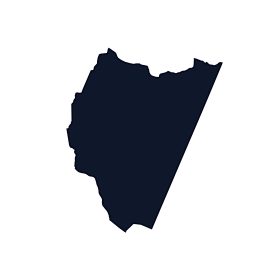 outline of Mojuí dos Campos, Pará, Brazil, rotated 203°
{"feature_id": "56859067B52819076626777", "entity_name": "Mojuí dos Campos", "entity_type": "district", "adm_level": 2, "iso_a3": "BRA", "parent_name": "Brazil", "parent_adm1": "Pará", "projection": "orthographic", "projection_center": [-54.48, -3.076], "detail": "fine", "context": "isolated", "style": "filled", "palette": "ink", "viewbox_px": 256, "rotation_deg": 203, "n_neighbors": 0, "source": "geoboundaries", "source_scale": "gbopen_adm2", "svg_char_len": 3954}
<svg xmlns="http://www.w3.org/2000/svg" viewBox="0 0 256 256"><g transform="rotate(203 128 128)"><path d="M67.0,224.4L68.3,224.2L69.0,223.7L69.4,223.2L70.2,221.5L71.2,220.2L72.7,218.9L73.2,218.6L74.1,218.6L74.9,218.5L75.8,218.2L76.7,218.0L77.6,217.7L78.2,217.8L79.3,218.1L80.3,218.6L81.3,218.8L81.7,217.5L82.7,217.3L83.5,217.6L84.1,218.1L85.5,218.3L86.3,218.1L87.2,217.9L88.3,217.9L89.2,217.9L91.4,217.9L92.3,217.8L93.7,217.6L93.2,216.5L93.0,215.8L92.0,213.3L91.2,210.6L91.2,209.8L92.1,208.0L93.1,207.4L93.6,207.1L94.6,206.6L95.1,205.7L95.6,204.8L96.5,203.8L97.4,202.7L98.0,202.3L99.1,201.7L100.3,200.9L100.7,200.4L101.6,199.2L102.1,198.8L103.5,198.0L104.0,197.2L104.5,196.9L105.3,196.3L106.6,196.2L107.6,196.3L108.3,196.1L109.1,195.7L109.9,195.4L111.8,195.6L113.1,195.5L113.9,194.2L114.7,193.4L115.2,193.0L116.5,192.0L117.3,191.4L118.5,190.6L119.1,189.8L119.2,188.8L118.8,187.6L118.9,186.8L119.3,186.3L120.1,186.1L121.7,185.4L122.5,185.3L124.0,185.1L125.3,185.0L126.3,185.0L127.2,185.1L127.8,185.3L128.9,185.8L129.5,186.3L130.4,187.1L130.9,187.7L131.4,188.6L132.1,189.7L133.2,190.6L133.7,191.4L134.2,191.9L134.8,192.1L136.3,191.7L137.1,191.6L137.8,191.5L138.8,191.1L139.7,191.1L140.6,190.9L141.4,190.9L142.5,191.2L143.7,190.7L144.4,190.4L145.5,190.0L147.1,188.8L147.7,188.5L148.6,188.4L149.5,188.1L151.1,187.8L152.2,187.7L153.5,187.4L154.3,187.4L155.9,187.1L159.7,187.2L160.5,187.3L161.9,187.5L163.6,187.9L164.5,188.1L165.3,188.5L166.1,189.1L166.5,189.5L167.5,190.6L168.5,191.5L169.2,192.0L170.2,192.2L171.4,192.5L172.5,192.7L173.6,192.9L174.2,193.1L175.3,193.3L176.6,193.5L176.6,192.9L176.6,192.0L176.2,190.7L176.1,190.1L176.0,189.4L176.0,188.6L176.6,188.1L177.3,187.6L177.8,187.3L178.8,186.8L179.4,186.4L180.3,186.0L181.3,185.4L181.9,185.0L182.4,184.6L182.7,184.1L182.7,183.4L182.7,181.8L182.4,179.8L182.0,178.3L181.8,177.3L181.4,176.4L181.2,175.6L181.0,175.0L181.8,172.9L182.1,172.3L182.3,171.6L182.4,171.0L182.4,170.4L182.2,169.6L182.0,169.0L181.9,168.2L182.1,167.6L182.5,167.0L183.3,166.6L184.1,166.2L184.2,145.9L184.1,145.1L184.1,144.5L184.0,143.8L184.0,143.1L184.2,142.2L184.5,141.5L185.4,141.2L186.1,140.8L186.8,140.5L187.7,140.5L188.7,140.1L189.2,139.5L189.2,138.8L189.0,138.0L189.0,137.4L188.7,136.8L188.1,136.2L187.8,135.3L188.0,134.1L188.2,133.3L188.2,132.7L188.4,132.1L188.0,131.2L187.9,130.5L188.1,129.8L188.4,129.1L188.5,128.5L188.8,128.0L181.8,112.2L182.2,111.3L181.8,110.6L181.6,109.7L181.9,108.9L182.2,108.4L182.0,107.7L182.4,107.2L182.6,106.5L182.2,105.7L182.2,104.8L182.4,104.2L182.7,103.6L183.5,103.2L174.9,89.6L174.4,89.1L173.9,88.6L173.5,88.3L172.7,88.2L171.7,88.5L170.9,88.3L169.8,87.9L168.7,87.8L167.9,87.6L167.7,87.0L167.8,86.1L167.6,85.2L167.0,84.5L165.2,83.4L164.8,82.5L164.6,81.7L164.7,80.8L164.7,80.2L164.4,79.7L164.2,79.2L164.0,78.6L163.7,77.9L163.2,77.1L163.1,76.3L163.0,75.4L162.6,74.6L162.2,73.9L162.1,72.8L161.5,72.1L160.9,71.6L160.5,71.2L160.5,70.4L158.5,69.4L157.1,69.0L155.9,68.8L154.7,68.9L153.9,69.0L152.1,69.4L151.0,69.6L149.8,69.9L148.5,69.9L147.3,69.7L146.3,69.5L145.3,69.2L144.4,69.3L143.2,69.6L142.5,69.8L141.4,70.0L140.4,70.0L139.7,69.8L138.6,69.4L138.0,68.9L137.3,68.1L136.8,67.4L136.3,66.9L135.3,65.6L134.9,65.0L134.4,64.3L133.9,63.8L133.1,63.1L132.2,62.2L131.8,61.6L131.3,61.1L130.8,60.3L130.3,59.6L129.7,58.5L129.4,57.7L129.0,57.2L128.6,56.7L128.0,56.1L127.0,55.4L126.4,54.9L125.8,54.6L125.1,54.1L124.4,53.5L123.9,53.0L123.2,52.1L122.8,51.1L122.5,50.0L122.0,49.0L121.5,48.2L121.1,47.7L120.6,47.0L119.9,46.7L119.3,46.4L118.5,45.9L117.6,45.4L117.0,45.1L115.9,44.5L114.8,44.0L113.7,43.2L113.1,42.6L112.4,41.9L111.3,40.8L110.8,40.1L110.2,39.1L109.6,38.4L109.0,37.6L108.7,36.6L103.0,35.0L99.2,33.9L98.3,33.6L97.6,33.4L90.0,31.6L90.0,32.6L89.9,33.3L88.5,36.6L87.9,37.8L87.2,39.5L85.9,42.5L81.9,43.7L78.4,44.7L67.1,44.7L67.1,45.3L67.1,48.6L67.1,67.7L67.1,68.5L67.0,97.4L67.0,98.6L67.0,103.4L67.0,108.8L66.8,169.5L66.8,188.7L66.9,207.5L67.0,224.4Z" fill="#0f172a" stroke="#020617" stroke-width="1.5"/></g></svg>